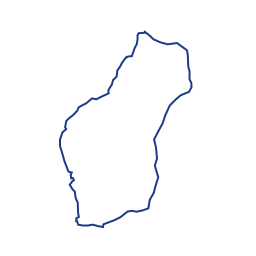 Galataria, Paphos, Cyprus (Albers equal-area conic projection), rotated 245°
{"feature_id": "46923920B41083986579295", "entity_name": "Galataria", "entity_type": "district", "adm_level": 2, "iso_a3": "CYP", "parent_name": "Cyprus", "parent_adm1": "Paphos", "projection": "albers", "projection_center": [32.643, 34.865], "detail": "fine", "context": "isolated", "style": "outline", "palette": "blue", "viewbox_px": 256, "rotation_deg": 245, "n_neighbors": 0, "source": "geoboundaries", "source_scale": "gbopen_adm2", "svg_char_len": 1338}
<svg xmlns="http://www.w3.org/2000/svg" viewBox="0 0 256 256"><g transform="rotate(245 128 128)"><path d="M192.8,156.2L192.4,155.3L191.7,153.9L189.5,149.9L187.2,147.1L184.6,142.6L179.4,139.4L177.8,134.8L174.2,131.7L170.6,126.2L167.6,125.1L167.6,117.1L167.4,111.4L170.0,108.0L168.0,100.4L168.0,97.7L167.6,92.2L165.0,89.1L162.8,83.4L161.8,78.7L160.4,75.0L155.2,71.3L153.2,71.6L151.7,66.8L148.8,63.9L146.0,61.3L140.2,58.7L136.1,58.2L128.4,57.0L125.0,56.4L120.1,56.1L113.6,55.6L111.4,58.2L110.2,56.5L106.4,55.2L105.8,57.0L103.5,56.9L103.2,55.0L101.2,51.2L95.5,51.9L92.9,52.9L86.3,50.9L81.6,50.9L72.4,47.0L68.1,45.8L68.0,43.0L65.6,41.7L65.4,42.5L61.4,42.0L58.5,46.2L56.6,50.4L55.3,55.2L51.6,59.6L48.8,63.5L51.1,65.0L50.7,69.9L50.2,76.7L50.4,83.6L52.5,92.2L51.3,96.4L48.4,100.7L47.1,106.6L46.6,112.5L53.6,117.3L58.6,124.2L62.9,127.6L70.6,134.6L82.5,136.4L88.3,141.5L98.4,145.1L106.6,146.8L111.6,153.3L117.8,161.6L123.6,167.0L130.7,175.3L133.7,183.4L135.4,189.7L135.0,198.6L138.0,202.7L141.9,204.4L146.4,204.4L152.9,207.6L158.5,208.7L168.8,213.0L171.8,213.8L173.5,214.3L184.3,208.3L187.1,199.3L191.8,193.7L197.6,188.6L203.4,186.3L208.0,183.9L207.3,183.3L209.4,177.7L208.1,175.9L204.2,174.1L200.1,171.2L198.1,168.3L194.9,165.2L191.5,161.8L192.0,160.4L192.7,158.6L192.6,156.2L192.8,156.2Z" fill="none" stroke="#1e3a8a" stroke-width="2"/></g></svg>